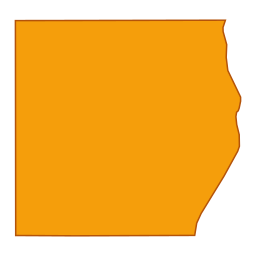 the district of Sheboygan, Wisconsin, United States of America
{"feature_id": "52423323B63289928917909", "entity_name": "Sheboygan", "entity_type": "district", "adm_level": 2, "iso_a3": "USA", "parent_name": "United States of America", "parent_adm1": "Wisconsin", "projection": "natural_earth1", "projection_center": [-87.8, 43.717], "detail": "fine", "context": "isolated", "style": "filled", "palette": "amber", "viewbox_px": 256, "rotation_deg": 0, "n_neighbors": 0, "source": "geoboundaries", "source_scale": "gbopen_adm2", "svg_char_len": 429}
<svg xmlns="http://www.w3.org/2000/svg" viewBox="0 0 256 256"><path d="M15.4,20.6L15.7,235.5L74.5,235.8L194.7,235.4L196.7,223.1L201.1,213.5L224.0,176.1L237.7,151.2L239.4,146.3L239.2,134.7L236.7,124.5L235.9,116.6L236.6,112.2L238.2,110.8L239.2,108.0L240.6,101.2L240.6,100.8L240.6,97.1L227.8,70.5L226.2,57.4L226.7,44.6L223.1,31.6L223.0,27.4L225.4,20.2L74.1,20.5L15.4,20.6Z" fill="#f59e0b" stroke="#b45309" stroke-width="1.5"/></svg>